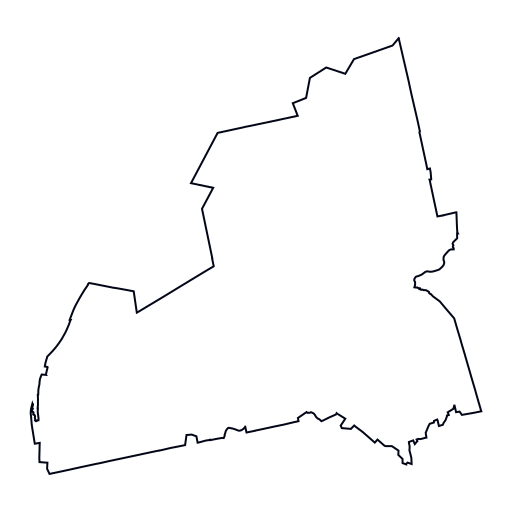 outline of Ainažu pag., Salacgrivas, Latvia
{"feature_id": "27541924B96759845375201", "entity_name": "Ainažu pag.", "entity_type": "district", "adm_level": 2, "iso_a3": "LVA", "parent_name": "Latvia", "parent_adm1": "Salacgrivas", "projection": "orthographic", "projection_center": [24.506, 57.884], "detail": "fine", "context": "isolated", "style": "outline", "palette": "ink", "viewbox_px": 512, "rotation_deg": 0, "n_neighbors": 0, "source": "geoboundaries", "source_scale": "gbopen_adm2", "svg_char_len": 5728}
<svg xmlns="http://www.w3.org/2000/svg" viewBox="0 0 512 512"><path d="M481.3,411.3L481.1,410.7L479.5,405.2L476.7,395.6L475.2,390.1L470.8,375.3L470.8,375.2L465.5,356.9L465.4,356.7L465.0,355.1L461.8,344.4L460.4,339.4L457.4,329.4L454.2,318.4L444.9,307.5L439.8,301.4L432.9,296.3L430.8,294.0L430.4,294.0L429.2,293.2L428.9,291.8L428.5,291.5L427.8,291.3L427.1,290.8L426.5,290.5L426.1,290.2L424.1,290.1L423.4,290.1L422.7,289.6L421.8,289.8L421.5,289.7L421.3,289.6L420.8,289.7L420.5,289.5L420.3,289.0L420.2,288.6L419.7,288.8L419.5,289.1L419.3,289.1L419.1,288.8L418.9,288.3L418.8,288.0L418.6,288.0L418.3,288.1L417.5,287.6L417.4,287.5L417.1,287.6L416.4,287.6L415.9,287.4L415.3,287.5L415.2,287.5L415.0,287.4L414.4,287.3L414.8,286.0L415.1,284.3L415.1,282.1L414.3,280.7L414.3,279.3L414.8,278.2L415.8,276.8L419.2,275.7L422.0,274.4L425.3,271.9L427.1,271.3L430.4,271.8L433.0,271.5L436.7,270.4L439.0,269.6L440.2,268.7L442.0,267.0L442.8,266.1L443.7,264.8L444.2,263.0L444.2,261.6L443.5,260.0L443.6,257.1L444.3,255.6L446.1,253.5L448.9,250.4L450.6,249.5L451.7,249.4L453.7,249.4L453.7,248.4L453.5,247.9L453.1,247.5L452.9,247.1L452.8,246.6L453.1,245.9L453.3,245.6L453.4,245.4L453.3,245.1L453.2,245.1L453.1,244.9L452.7,244.2L452.6,243.5L453.3,242.1L457.1,238.3L457.2,238.1L457.2,237.9L457.1,236.5L457.1,233.4L457.3,233.4L457.9,233.4L457.5,232.7L457.3,232.0L457.1,229.4L456.9,225.2L456.4,212.3L456.0,212.3L448.4,214.1L442.2,215.5L442.3,215.6L437.4,216.4L437.3,215.9L434.2,201.3L434.0,200.4L429.7,180.1L429.5,179.6L431.2,179.4L431.0,176.5L430.6,172.0L429.9,168.5L427.3,169.2L426.3,164.3L419.4,132.2L419.9,131.5L417.3,119.5L411.5,94.5L410.0,87.6L408.6,81.0L398.7,38.3L398.8,38.2L398.7,38.1L392.6,45.5L354.0,59.1L345.3,73.8L326.2,67.5L309.9,77.9L306.1,97.9L292.8,103.2L297.7,115.8L282.3,119.1L278.7,119.9L256.8,124.5L250.7,125.8L245.0,126.9L243.1,127.4L229.2,130.4L217.6,132.9L191.0,183.2L213.2,187.8L202.0,208.8L212.3,258.3L212.1,258.4L213.7,266.1L213.7,266.3L203.6,272.3L179.4,287.0L165.5,295.5L138.0,312.0L136.8,312.6L136.5,310.5L133.7,291.3L125.7,289.8L119.6,288.7L114.3,287.8L114.2,287.9L95.1,284.1L89.7,283.1L89.1,283.0L88.0,284.1L87.9,285.0L84.7,289.6L82.0,294.0L79.8,297.7L75.9,304.8L74.2,308.3L72.7,311.9L69.7,319.8L70.7,319.9L70.3,320.6L69.0,324.3L67.1,328.8L66.0,331.2L65.1,333.0L61.9,338.7L61.8,338.9L60.2,341.3L60.0,341.6L57.8,344.7L55.4,347.8L52.9,350.7L47.2,356.7L46.8,358.5L46.6,358.9L45.4,363.2L44.8,366.5L47.5,367.0L47.6,367.5L46.9,370.2L45.9,374.5L46.1,374.9L41.7,374.5L40.6,377.2L39.9,379.3L39.6,381.7L39.4,384.2L39.3,384.9L38.7,387.5L38.3,390.8L38.3,392.9L38.2,394.7L37.8,394.8L37.9,397.1L38.0,399.2L37.9,402.4L38.0,404.3L37.9,405.4L37.6,408.3L37.9,408.3L37.9,408.7L37.7,411.5L38.5,418.3L38.5,420.2L38.3,420.2L38.2,420.2L37.8,420.2L37.4,420.6L37.0,420.8L36.1,421.2L35.9,421.2L35.4,420.8L35.1,420.5L35.0,420.3L35.1,420.2L35.4,419.9L35.5,419.7L35.1,419.1L35.0,418.3L34.9,417.9L34.8,417.6L34.8,417.4L35.0,416.9L35.0,416.7L35.1,416.4L34.9,415.9L34.7,415.3L34.6,415.1L34.4,414.8L34.1,414.8L33.7,414.8L33.4,414.7L33.2,414.5L33.2,414.3L33.2,414.0L33.4,413.5L33.4,413.1L33.5,412.4L33.4,412.2L33.2,412.0L33.0,411.9L32.5,411.9L32.4,411.8L32.1,411.7L31.9,411.5L31.8,411.4L31.8,411.2L32.1,410.1L32.2,409.8L32.4,409.3L32.7,408.9L32.8,408.8L32.7,408.7L32.5,408.4L32.3,408.3L32.2,407.8L32.3,407.5L32.8,405.6L33.0,404.9L33.0,404.5L33.0,404.4L32.9,404.4L32.5,404.0L32.5,403.9L32.4,403.6L31.5,407.0L31.2,408.3L31.0,409.4L30.9,410.0L30.8,411.3L30.7,411.9L30.7,412.5L30.7,413.2L30.8,414.3L31.2,418.1L31.7,424.4L31.9,425.6L32.0,426.5L32.4,429.0L33.1,433.3L34.3,440.8L34.5,442.0L34.8,443.7L39.7,442.9L39.3,458.2L39.5,462.1L47.4,462.7L47.1,468.8L49.5,473.9L60.1,471.7L69.8,469.6L79.7,467.4L89.5,465.3L95.6,464.0L100.7,463.0L109.5,461.0L137.0,455.2L144.9,453.5L150.5,452.3L156.2,451.1L158.2,450.7L159.2,450.5L159.4,450.6L159.5,450.5L161.6,450.1L167.9,448.6L170.9,447.9L177.7,446.6L185.1,445.1L185.6,441.5L186.5,435.0L191.7,434.6L196.4,436.3L197.3,441.0L197.4,441.4L197.6,442.7L198.3,442.6L206.0,440.5L209.8,440.0L209.7,439.0L210.4,440.1L217.5,438.7L222.2,437.9L223.7,438.1L224.7,435.8L224.6,434.9L225.2,433.2L225.8,431.0L226.2,430.3L227.6,428.4L228.4,427.9L229.1,427.8L233.7,428.8L236.1,429.7L238.4,430.6L239.8,430.7L241.3,430.2L241.9,429.9L242.5,429.5L243.4,428.9L244.1,428.2L245.2,426.7L245.3,426.8L245.6,428.4L246.5,432.5L254.9,430.8L254.9,430.7L265.3,428.5L274.5,426.5L283.8,424.6L293.0,422.4L298.5,421.2L297.9,418.0L301.4,415.6L306.5,412.1L306.8,412.5L307.0,412.7L307.4,412.8L307.7,412.7L308.0,412.8L308.4,412.7L308.6,412.8L309.7,412.8L310.5,412.5L310.8,412.3L311.0,412.2L312.3,412.8L313.2,413.2L313.6,413.5L314.0,413.8L314.4,414.3L314.8,414.7L315.3,415.7L315.7,416.2L316.2,417.1L317.6,418.4L317.8,418.6L319.0,419.1L319.5,419.4L320.7,420.5L321.4,421.2L323.3,420.4L328.9,417.6L335.9,414.5L336.0,414.3L336.6,413.2L336.8,413.4L345.3,418.7L340.7,425.6L341.8,428.1L350.9,428.9L354.2,425.5L355.5,426.6L362.7,432.0L374.8,442.6L377.5,439.6L384.1,445.4L384.4,445.6L385.0,446.0L385.6,446.1L391.8,446.1L398.5,450.6L398.3,454.9L402.5,458.9L402.6,463.1L406.2,464.4L406.2,464.1L406.3,464.0L406.4,463.7L406.7,463.4L407.5,462.6L411.6,464.0L411.5,460.8L411.3,457.7L410.4,454.0L409.4,450.3L409.5,449.8L409.5,448.9L409.6,447.6L409.6,446.9L409.6,446.2L409.4,445.2L409.1,443.8L409.0,443.0L408.9,442.0L413.2,440.4L414.6,443.7L414.8,444.1L416.0,442.7L417.0,441.4L417.4,441.1L416.6,439.5L418.2,438.9L420.4,439.1L423.6,438.3L425.7,437.7L425.9,437.6L426.4,437.6L425.7,432.8L428.6,425.8L429.7,423.8L433.9,422.5L434.0,420.9L437.2,419.5L437.7,420.8L438.9,426.0L442.8,424.8L443.6,422.9L445.5,420.2L447.1,415.9L447.0,415.5L448.8,415.0L447.7,412.3L453.4,408.8L454.4,404.8L456.1,412.2L459.6,411.6L461.9,414.9L474.4,412.7L481.3,411.3Z" fill="none" stroke="#020617" stroke-width="2"/></svg>